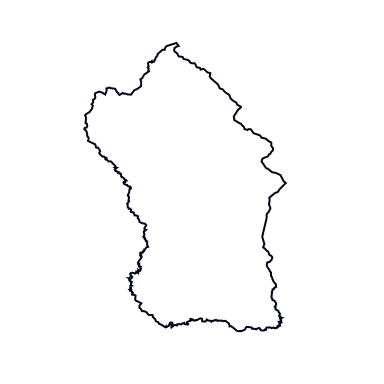 outline of Curumaní, Cesar, Colombia, rotated 288°
{"feature_id": "7082276B94072212482436", "entity_name": "Curumaní", "entity_type": "district", "adm_level": 2, "iso_a3": "COL", "parent_name": "Colombia", "parent_adm1": "Cesar", "projection": "robinson", "projection_center": [-73.572, 9.24], "detail": "fine", "context": "isolated", "style": "outline", "palette": "ink", "viewbox_px": 384, "rotation_deg": 288, "n_neighbors": 0, "source": "geoboundaries", "source_scale": "gbopen_adm2", "svg_char_len": 5946}
<svg xmlns="http://www.w3.org/2000/svg" viewBox="0 0 384 384"><g transform="rotate(288 192 192)"><path d="M229.5,278.4L230.6,275.8L235.4,270.9L236.0,266.7L235.6,261.9L237.3,257.7L237.8,254.8L242.5,248.8L244.9,248.6L246.3,249.5L249.5,253.3L251.5,253.6L252.6,254.7L254.6,255.0L256.8,256.1L258.6,255.6L260.2,253.2L263.6,252.1L264.0,249.2L265.5,245.8L265.2,241.2L266.9,239.1L266.9,232.4L269.8,228.7L269.5,226.8L268.0,225.5L268.3,224.7L268.0,222.6L270.0,221.2L270.9,218.9L272.1,217.5L272.0,216.4L273.5,210.0L276.7,208.4L284.5,210.4L287.4,212.3L288.3,212.1L288.9,208.1L290.6,206.7L291.7,202.3L292.8,199.9L295.9,197.4L296.4,194.9L297.6,191.8L299.1,189.5L299.1,186.4L302.4,183.3L306.0,174.7L307.5,173.1L310.7,172.7L310.5,169.8L312.2,166.3L312.6,164.5L311.1,162.4L312.5,161.2L312.1,157.9L314.7,155.6L315.3,154.4L314.4,152.6L314.4,151.0L314.7,150.0L315.8,149.2L316.3,147.0L315.9,143.1L317.5,141.3L316.9,137.4L319.4,134.8L320.1,132.3L320.9,131.3L323.4,130.9L325.5,132.4L326.7,134.2L328.9,131.1L323.0,122.8L321.4,122.0L318.7,122.0L318.2,120.0L312.4,116.6L311.0,117.0L308.5,115.9L306.4,116.1L305.4,115.4L304.4,115.8L302.8,113.9L304.0,113.3L302.9,112.6L302.5,111.4L301.4,110.5L300.4,110.4L298.5,111.9L296.8,111.4L296.2,112.6L294.4,112.8L293.6,113.8L288.8,110.2L284.9,109.5L283.1,108.1L281.3,109.5L277.0,110.9L273.4,108.4L271.0,105.7L265.8,104.0L264.8,100.1L265.1,98.5L264.5,97.0L264.8,95.6L261.9,93.1L262.2,92.1L263.5,91.1L263.8,89.8L266.4,87.1L265.7,82.9L265.9,81.4L264.0,78.6L262.0,79.5L257.9,79.3L258.8,75.9L258.8,72.7L256.1,69.5L255.0,69.4L251.9,70.9L250.5,70.6L249.0,69.4L247.5,70.1L246.0,70.1L244.4,69.3L243.6,70.9L240.4,71.2L236.3,69.8L233.6,67.4L231.9,66.6L230.0,68.3L224.6,69.5L224.5,70.9L222.1,72.1L220.7,71.8L219.8,70.2L218.4,70.2L217.5,72.5L215.0,74.3L212.8,75.1L211.6,77.0L208.4,77.4L207.4,85.3L204.8,86.9L204.7,87.9L205.2,88.8L203.0,91.6L202.3,92.1L200.5,91.7L199.9,92.1L198.0,96.0L198.5,97.5L197.8,98.9L198.0,100.1L197.4,100.4L196.5,99.5L196.2,99.9L196.2,101.5L195.3,103.1L196.0,105.4L193.1,110.9L192.0,111.5L191.9,112.5L191.2,111.3L190.9,112.5L189.3,111.7L188.3,112.8L188.5,113.9L188.1,115.1L187.5,115.4L188.2,116.2L187.1,117.2L187.6,118.3L186.4,119.2L186.2,120.0L186.2,119.4L185.2,119.6L184.4,120.6L184.6,121.5L184.0,123.0L182.8,124.2L183.2,125.0L182.6,126.2L181.8,124.8L180.9,125.3L180.4,123.9L179.7,123.9L179.4,124.8L178.8,124.9L178.4,127.0L178.7,128.1L178.0,128.8L177.7,130.4L178.0,131.7L176.9,132.7L176.3,132.7L176.3,132.1L175.7,131.7L171.8,132.4L169.8,131.9L168.5,132.2L168.4,133.2L166.2,134.1L164.7,134.1L164.1,134.8L163.8,134.4L162.6,134.8L160.8,133.9L160.0,134.8L157.7,135.6L156.5,137.2L157.1,137.8L156.4,139.7L154.4,139.8L154.1,140.2L154.5,142.8L152.0,144.7L152.5,145.9L152.3,148.1L150.4,148.4L149.6,149.9L147.3,151.5L146.9,153.9L147.3,157.1L146.2,158.8L142.9,157.9L141.3,159.1L141.5,159.8L140.8,159.4L140.5,158.6L139.6,158.8L139.1,158.4L136.5,160.0L135.1,159.9L134.7,160.3L134.3,159.8L133.5,161.6L132.8,161.4L132.0,162.9L131.1,163.3L131.5,164.0L131.1,164.7L128.3,165.4L126.3,167.2L125.4,165.7L123.0,165.1L122.8,164.5L122.0,164.8L121.4,164.1L120.9,164.5L120.7,164.0L119.1,163.9L118.8,163.3L119.1,162.8L118.0,161.6L116.6,162.9L116.3,162.1L115.8,162.2L115.8,163.2L114.9,163.2L114.6,164.2L108.2,162.4L107.0,163.0L107.4,163.9L106.6,163.9L106.2,164.6L105.6,164.1L104.3,165.3L104.7,166.3L103.9,166.2L103.5,167.0L102.3,167.3L101.0,166.6L101.2,165.7L100.5,166.4L99.9,165.3L98.8,165.6L99.5,164.6L98.8,164.6L98.8,164.0L98.1,164.5L97.7,163.2L96.8,163.0L96.8,160.2L96.2,159.0L95.3,158.5L94.3,159.1L92.8,161.3L92.4,160.8L92.6,160.1L91.6,160.8L91.6,159.6L90.6,159.3L90.4,158.5L90.0,159.6L89.5,159.2L88.6,159.7L89.1,160.7L87.6,161.3L87.7,162.3L87.0,161.9L86.5,162.5L84.3,162.5L84.2,163.3L83.7,162.4L82.6,163.1L82.2,162.9L81.9,163.6L81.2,163.3L80.9,163.8L79.9,162.7L79.6,163.7L78.9,163.8L79.4,165.0L78.2,165.8L78.0,166.8L76.7,167.3L76.4,166.6L75.9,166.7L76.3,169.6L76.0,170.4L72.2,171.1L71.4,172.1L70.5,178.2L67.6,177.2L65.8,177.6L64.7,180.0L63.5,180.7L63.3,181.8L63.9,182.9L63.7,185.7L61.7,188.7L62.8,192.5L60.9,193.6L59.6,196.3L58.0,197.4L57.6,200.4L56.5,201.3L56.3,203.9L55.1,208.5L55.9,208.8L55.5,209.0L55.8,209.7L58.0,211.5L59.1,211.4L59.1,211.8L60.5,211.4L61.4,212.2L61.6,213.4L60.9,214.2L59.5,213.8L58.7,214.5L57.4,214.0L56.9,214.3L60.1,216.3L60.5,219.0L61.7,218.9L62.6,221.2L62.7,222.7L63.9,223.4L65.2,225.1L64.1,225.8L64.6,228.9L65.2,229.2L65.7,227.8L66.7,227.5L68.5,229.5L69.9,230.0L71.6,229.4L69.5,230.8L70.6,231.9L71.0,231.8L71.0,232.7L70.3,233.1L70.8,235.1L71.4,235.3L71.9,236.5L74.5,239.0L74.4,240.7L72.2,241.7L72.4,243.1L73.3,245.2L75.3,245.4L74.8,247.3L75.3,250.1L74.8,250.5L75.6,250.8L75.7,251.8L76.4,252.1L77.1,253.7L77.9,254.3L77.3,256.3L78.1,257.1L78.5,259.4L78.9,260.0L78.9,262.0L79.8,263.6L78.3,267.9L75.9,269.2L76.5,269.8L75.8,272.9L74.0,277.1L73.8,278.9L74.9,281.2L74.8,281.9L77.7,285.0L79.8,285.1L80.6,285.7L81.5,289.9L81.3,291.0L80.6,291.4L80.7,292.7L81.2,293.2L81.2,295.5L81.9,295.8L83.5,298.1L81.8,300.2L82.2,302.5L83.0,303.8L83.8,303.9L83.9,305.0L86.0,304.7L87.3,307.8L87.1,309.7L88.4,311.7L87.9,312.8L89.2,314.9L90.4,314.7L90.6,315.7L91.5,315.4L92.1,317.0L93.2,316.1L93.7,316.4L95.0,315.1L95.0,316.8L95.6,317.4L96.5,316.0L97.2,316.5L98.1,315.6L98.8,315.9L99.0,315.2L100.0,316.3L99.9,314.6L101.0,314.5L101.0,313.2L103.5,313.2L104.9,311.2L105.7,310.7L106.3,307.6L108.5,307.0L108.5,306.2L111.0,306.8L112.7,305.9L114.1,303.8L114.2,301.8L115.2,301.4L116.5,300.0L121.1,299.2L121.6,298.7L123.1,299.1L124.3,298.7L125.2,299.9L126.6,300.0L127.6,301.3L130.1,300.4L131.9,297.4L133.7,295.7L135.5,294.5L136.6,293.1L139.9,292.0L140.5,290.6L141.7,289.8L144.0,286.8L145.5,285.6L148.3,285.4L149.4,287.4L150.2,287.5L151.7,288.6L154.7,288.6L155.8,287.1L156.1,285.1L159.0,282.7L159.4,280.7L160.5,279.3L161.3,276.8L164.9,276.9L171.2,272.6L190.7,271.0L193.1,270.0L195.1,270.2L196.3,271.0L200.9,271.6L203.9,269.1L208.4,268.3L210.4,267.3L216.4,271.0L218.7,273.7L221.3,274.3L229.5,278.4Z" fill="none" stroke="#020617" stroke-width="2"/></g></svg>